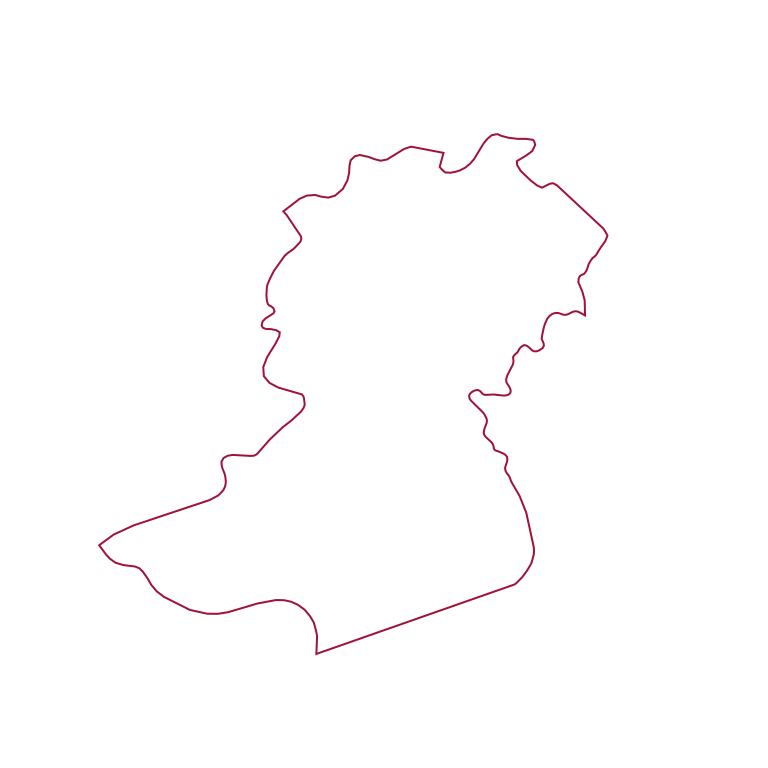 the Province of Sidi Bel Abbès, rotated 22°
{"feature_id": "DZA-2146", "entity_name": "Sidi Bel Abbès", "entity_type": "Province", "adm_level": 1, "iso_a3": "DZA", "parent_name": "Algeria", "parent_adm1": "", "projection": "mercator", "projection_center": [-0.548, 34.822], "detail": "fine", "context": "isolated", "style": "outline", "palette": "rose", "viewbox_px": 768, "rotation_deg": 22, "n_neighbors": 0, "source": "natural_earth", "source_scale": "10m", "svg_char_len": 3345}
<svg xmlns="http://www.w3.org/2000/svg" viewBox="0 0 768 768"><g transform="rotate(22 384 384)"><path d="M544.7,245.1L538.3,244.3L535.6,244.4L533.5,245.2L531.7,246.7L528.7,250.1L526.9,251.6L524.7,252.5L519.4,252.8L517.1,253.5L515.2,254.7L513.6,256.3L512.1,258.7L511.0,262.0L510.7,268.1L511.0,271.8L512.5,280.2L513.3,283.1L516.8,286.6L517.9,288.6L517.6,291.3L515.3,294.7L513.1,296.6L510.8,297.5L508.5,297.3L504.1,295.5L501.6,295.0L499.4,295.4L497.8,297.2L496.5,300.1L495.9,304.7L494.1,308.0L493.6,310.6L494.4,312.3L495.5,314.2L496.2,317.4L495.1,329.8L495.5,333.9L496.9,336.6L500.8,339.4L502.6,340.9L503.9,342.6L504.5,344.7L503.7,346.9L501.4,348.9L499.0,350.0L489.5,352.7L481.4,356.4L479.5,356.3L475.6,354.5L473.4,354.4L471.5,355.3L469.8,356.8L468.4,358.7L467.4,360.8L467.3,363.0L468.9,365.6L471.3,367.0L486.2,373.2L488.3,374.4L491.9,377.5L493.1,379.3L493.8,381.7L493.9,387.8L494.5,391.4L496.0,393.6L498.2,395.0L505.6,397.8L507.3,398.9L508.2,399.8L509.2,401.2L510.1,402.8L511.5,403.7L513.5,403.8L515.9,403.6L521.1,403.8L523.3,404.3L525.3,405.4L526.7,407.7L527.3,411.0L527.6,416.4L529.3,419.1L531.4,420.8L533.7,422.0L535.5,423.4L538.5,426.8L551.5,436.9L564.1,450.0L584.4,479.8L586.2,484.0L586.8,486.3L587.7,494.0L587.6,496.8L586.6,503.2L584.5,511.3L581.6,518.4L580.3,520.8L422.4,659.6L416.4,642.8L413.5,638.3L408.2,631.4L402.3,626.9L395.1,623.1L387.2,621.0L379.7,620.6L372.3,621.9L364.7,624.8L348.8,635.0L324.9,654.0L316.1,659.3L306.2,663.2L288.7,666.2L259.8,663.8L251.0,661.4L243.6,657.5L237.6,652.8L230.3,648.1L226.1,646.5L221.4,646.5L210.3,649.5L202.1,650.3L195.4,648.7L190.3,646.3L180.3,640.2L189.8,624.8L204.8,608.9L265.9,556.8L272.0,549.5L273.6,545.9L274.9,542.1L275.0,539.0L274.8,537.0L274.1,534.2L273.3,532.5L271.1,528.6L269.6,526.7L265.6,522.5L263.8,520.0L262.4,516.8L263.0,512.7L265.9,509.1L270.4,506.4L287.1,500.7L290.1,499.3L291.3,498.2L292.6,496.3L298.9,478.3L306.3,462.0L311.8,452.5L317.4,440.7L318.4,436.3L318.3,433.0L315.1,427.1L313.7,425.5L311.8,424.4L287.5,426.9L277.5,425.9L269.7,421.8L265.7,413.5L265.6,402.5L268.3,387.1L269.0,379.0L268.0,375.1L263.9,374.5L258.8,375.4L253.8,377.2L250.6,377.2L248.6,375.6L248.0,371.5L249.6,367.6L255.1,359.8L255.2,357.5L253.3,355.3L251.2,354.5L249.7,354.2L248.3,354.2L246.4,353.4L244.2,350.6L241.7,345.7L239.2,338.3L238.7,335.5L238.8,329.3L239.6,320.1L243.9,302.2L244.0,302.2L245.5,299.0L249.7,292.4L253.2,283.5L253.0,280.4L251.7,278.2L230.1,263.6L228.8,263.1L226.0,261.6L236.4,243.9L241.9,238.2L249.5,234.5L255.7,233.8L262.4,232.1L268.0,227.8L272.8,218.4L273.8,209.2L272.6,201.3L270.2,194.5L269.3,189.0L271.7,183.7L275.9,180.7L284.8,179.2L290.6,179.1L297.1,178.3L302.7,174.7L314.7,158.4L320.2,153.8L352.6,147.4L354.3,161.9L357.8,163.7L361.6,164.9L366.5,163.2L370.5,160.7L374.4,157.5L378.4,152.8L381.2,147.6L383.2,142.0L386.3,123.2L388.1,117.8L390.6,113.1L393.9,110.8L395.8,109.8L399.7,110.0L407.5,109.0L416.2,106.6L423.9,103.5L430.6,101.8L432.5,102.8L434.6,105.8L434.2,112.5L430.0,119.2L423.7,127.6L425.5,131.2L430.9,135.2L443.9,140.4L451.8,142.6L456.9,142.8L462.8,136.2L465.5,134.5L469.7,134.9L529.1,157.7L532.0,159.7L535.6,162.7L535.7,168.4L533.6,177.2L532.3,185.1L531.4,187.1L530.2,189.1L529.4,192.1L528.9,196.2L529.3,202.5L528.8,205.3L528.0,207.3L526.5,208.7L525.2,210.5L525.0,213.3L526.1,216.8L533.5,224.3L538.7,231.2L544.7,245.1Z" fill="none" stroke="#9f1239" stroke-width="2"/></g></svg>